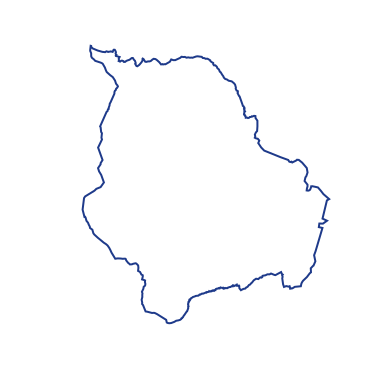 the district of Salciua, Alba, Romania, rotated 16°
{"feature_id": "2599482B68238246130084", "entity_name": "Salciua", "entity_type": "district", "adm_level": 2, "iso_a3": "ROU", "parent_name": "Romania", "parent_adm1": "Alba", "projection": "albers", "projection_center": [23.391, 46.392], "detail": "fine", "context": "isolated", "style": "outline", "palette": "blue", "viewbox_px": 384, "rotation_deg": 16, "n_neighbors": 0, "source": "geoboundaries", "source_scale": "gbopen_adm2", "svg_char_len": 5926}
<svg xmlns="http://www.w3.org/2000/svg" viewBox="0 0 384 384"><g transform="rotate(16 192 192)"><path d="M306.6,257.9L308.5,256.5L311.1,256.3L311.8,255.7L312.4,256.6L312.9,256.9L313.0,257.2L312.7,257.3L313.0,257.9L315.1,256.9L317.0,254.8L322.6,252.6L322.4,250.0L322.6,248.6L323.2,246.7L325.9,242.1L327.6,237.7L328.5,236.4L327.2,232.6L328.9,229.3L329.1,229.2L329.7,224.6L326.8,219.1L327.1,214.9L327.3,190.6L323.6,190.8L323.1,187.2L326.6,186.3L329.7,182.4L324.8,181.6L324.0,162.9L325.8,161.0L318.9,157.8L315.5,155.3L311.8,152.9L308.3,153.1L305.9,153.3L305.5,153.5L305.1,153.7L305.3,154.0L305.1,154.6L305.0,156.4L304.7,157.6L304.2,158.1L303.3,158.7L301.8,158.9L301.5,156.9L301.5,154.8L301.0,153.1L297.2,150.4L297.0,146.6L297.5,145.4L297.7,141.4L295.7,137.3L289.8,133.4L285.8,131.7L284.7,132.0L284.1,132.0L283.3,133.2L280.2,136.0L279.3,135.4L278.3,136.1L277.1,136.0L275.7,134.7L267.2,134.1L250.0,132.3L246.2,130.1L242.2,126.7L242.5,124.0L240.6,122.7L238.8,122.8L237.4,122.5L237.5,121.1L236.6,119.5L237.0,117.1L237.8,115.5L236.8,110.9L235.2,105.4L232.7,103.4L232.0,101.5L230.6,101.7L229.3,102.8L228.7,102.7L227.9,103.7L226.9,104.0L226.4,104.9L225.4,105.5L224.4,105.3L223.2,105.8L222.9,104.9L222.1,104.3L222.2,104.0L221.4,103.3L220.9,103.4L220.6,103.1L220.6,102.5L220.4,102.1L220.5,101.5L220.2,100.6L220.7,100.0L220.0,99.5L220.0,98.9L219.7,98.8L219.6,98.4L219.0,97.8L219.0,97.4L219.4,96.9L219.0,96.3L218.5,96.1L218.0,95.4L217.1,95.2L216.6,94.3L211.4,87.0L210.7,86.7L208.5,84.3L208.6,83.2L208.1,82.3L206.9,82.2L205.5,80.6L205.4,79.5L203.8,76.9L202.4,75.9L199.7,74.7L196.5,74.9L194.5,74.2L192.8,74.2L191.0,73.2L190.3,72.2L188.6,70.9L186.6,69.0L185.6,68.7L184.1,66.8L182.3,66.0L181.3,64.7L179.5,63.8L178.3,64.2L177.3,63.5L176.8,62.1L175.0,61.7L173.6,61.1L173.2,60.4L170.2,59.6L168.3,60.2L167.1,59.9L165.4,60.2L164.1,59.4L160.0,60.0L158.6,60.6L155.5,62.8L154.6,62.9L152.9,63.5L151.3,63.6L149.7,64.4L147.9,64.1L146.7,64.6L144.6,64.9L143.7,66.3L139.5,69.9L137.6,70.4L135.5,70.3L134.8,72.9L131.3,76.5L130.1,76.8L129.0,77.4L128.4,77.2L127.1,77.9L124.7,76.2L121.8,74.8L120.3,74.3L118.5,74.5L117.5,75.5L116.3,77.4L115.3,78.1L113.9,78.5L112.0,79.6L111.0,79.6L108.8,77.6L107.8,77.3L107.7,77.5L108.2,79.2L107.7,81.2L106.3,84.3L104.8,86.2L103.9,86.2L102.9,85.3L102.1,84.5L102.4,84.1L102.3,83.5L101.0,81.6L99.3,80.6L98.6,79.7L98.1,79.5L97.1,79.9L95.5,82.1L93.3,83.6L92.4,84.5L92.0,85.2L91.6,85.5L90.5,85.7L90.1,85.1L88.5,85.0L87.7,85.4L86.9,86.5L85.4,86.3L85.5,85.4L84.8,84.1L85.2,82.2L81.3,82.2L81.1,81.8L81.5,80.9L80.8,80.5L80.3,79.8L80.4,78.7L79.8,77.8L78.6,76.6L77.7,76.7L77.4,77.0L77.1,79.2L75.2,79.2L74.5,79.7L73.5,80.0L72.8,80.5L71.2,80.3L70.4,80.9L70.0,81.5L67.2,82.0L62.3,82.0L57.1,81.4L55.2,80.4L54.8,79.4L54.3,79.4L55.0,83.6L55.3,84.5L56.8,86.4L57.7,89.3L58.7,90.5L61.4,91.7L62.8,92.6L68.6,92.8L69.9,93.0L70.8,93.3L74.0,96.4L75.8,98.9L77.0,100.2L81.1,102.2L84.2,103.4L87.3,106.1L89.1,108.8L91.1,110.2L91.7,111.0L91.2,112.7L90.6,113.6L90.6,115.0L90.0,116.0L89.9,117.3L90.3,118.9L89.0,128.2L88.6,129.8L88.9,131.7L88.7,133.7L89.0,135.2L88.4,135.7L88.5,137.5L87.8,138.5L85.6,154.3L86.3,154.9L88.1,159.3L89.2,160.3L90.0,164.8L91.0,166.3L89.5,175.2L97.2,185.9L96.2,189.5L96.5,190.6L95.1,194.9L97.0,197.8L100.0,200.6L104.7,207.1L102.8,212.5L99.2,215.3L97.9,217.6L90.5,225.7L89.9,227.6L91.7,239.1L95.5,245.6L96.1,245.3L96.8,246.0L98.5,248.8L100.4,250.1L101.0,250.8L101.7,251.8L103.2,253.3L103.9,254.7L106.6,255.7L108.6,258.9L109.8,259.8L114.0,261.9L121.1,265.0L123.7,265.8L125.6,266.7L127.8,268.5L129.7,270.5L131.3,272.4L136.6,277.3L138.9,276.3L141.8,275.6L143.8,275.3L146.1,274.5L146.8,274.7L147.6,275.9L150.1,277.7L151.8,278.4L152.2,278.7L153.6,278.3L154.6,277.8L155.1,277.3L157.3,276.1L158.1,276.1L160.0,277.1L160.6,277.7L161.4,279.7L161.9,282.7L164.1,283.2L166.1,285.3L167.6,285.6L168.0,286.9L168.1,289.8L169.9,289.8L171.3,290.0L171.6,291.6L172.4,293.0L172.7,294.2L172.6,295.1L171.7,296.4L171.9,298.6L171.4,301.7L172.4,303.3L172.5,304.4L173.2,306.7L173.3,309.5L174.6,312.0L174.9,313.4L176.1,314.2L180.3,319.6L182.1,319.4L186.9,319.3L188.8,318.6L189.8,318.6L192.0,319.0L202.4,322.0L203.7,324.4L204.9,324.6L206.4,324.4L208.1,323.7L210.8,321.7L212.3,320.1L214.4,319.1L216.0,318.0L216.3,317.5L216.6,317.2L216.6,316.5L217.3,316.0L217.3,315.4L217.8,314.9L218.2,313.0L218.5,312.5L219.9,308.2L220.2,308.0L220.4,304.6L219.9,303.4L220.2,302.9L219.6,302.0L219.6,301.6L219.2,301.2L219.0,299.8L219.3,299.2L218.9,298.7L219.3,298.0L219.2,297.5L219.8,297.0L219.9,296.5L219.2,296.0L219.3,295.8L219.9,295.6L220.3,295.0L220.5,294.1L221.1,293.7L221.6,293.1L221.8,292.7L223.5,291.6L224.2,290.9L226.8,289.8L227.4,288.7L227.9,288.6L228.1,288.1L228.6,288.0L229.7,286.8L230.5,286.8L231.2,286.2L232.0,285.7L233.0,284.7L233.6,284.8L234.0,284.3L234.0,284.0L234.5,283.9L235.3,283.5L235.7,283.1L235.8,282.6L236.5,282.8L236.8,282.5L237.2,282.5L237.7,281.9L238.1,282.1L238.4,281.9L238.4,281.5L238.7,281.2L239.6,281.1L239.6,280.8L240.4,280.9L240.5,280.2L241.6,279.9L241.6,278.8L242.4,278.1L243.5,277.8L243.8,277.2L244.4,276.8L244.7,277.1L245.2,277.1L245.8,275.9L246.2,276.0L247.7,275.8L248.2,276.0L248.2,275.5L248.3,275.4L249.5,276.0L249.9,275.7L249.9,275.3L250.3,275.1L250.8,275.2L251.4,274.9L252.3,274.8L252.7,274.5L252.8,274.1L254.5,272.9L255.2,272.7L256.0,271.7L257.0,271.5L256.8,270.8L257.1,270.3L258.5,270.7L259.0,270.1L259.6,269.8L260.3,269.8L260.3,268.8L260.6,268.6L260.8,269.0L260.7,269.4L262.2,269.6L262.9,269.0L263.4,269.4L263.8,270.8L264.2,271.6L266.1,272.9L266.7,272.2L267.5,271.7L267.9,271.1L269.9,270.1L270.3,269.0L271.5,267.9L272.4,265.7L273.4,264.9L273.9,263.6L274.6,262.6L275.7,259.9L277.5,257.7L279.8,257.4L280.4,256.3L281.2,255.2L282.3,255.2L282.6,255.0L283.0,254.3L282.8,253.6L282.9,253.2L283.1,253.0L285.6,251.8L287.1,250.4L289.2,249.8L289.8,249.3L290.1,248.8L290.5,248.6L294.2,249.0L295.1,248.9L299.7,244.4L301.0,246.0L302.0,246.4L301.6,247.2L302.5,248.6L302.5,250.0L305.0,255.6L306.6,257.9Z" fill="none" stroke="#1e3a8a" stroke-width="2"/></g></svg>